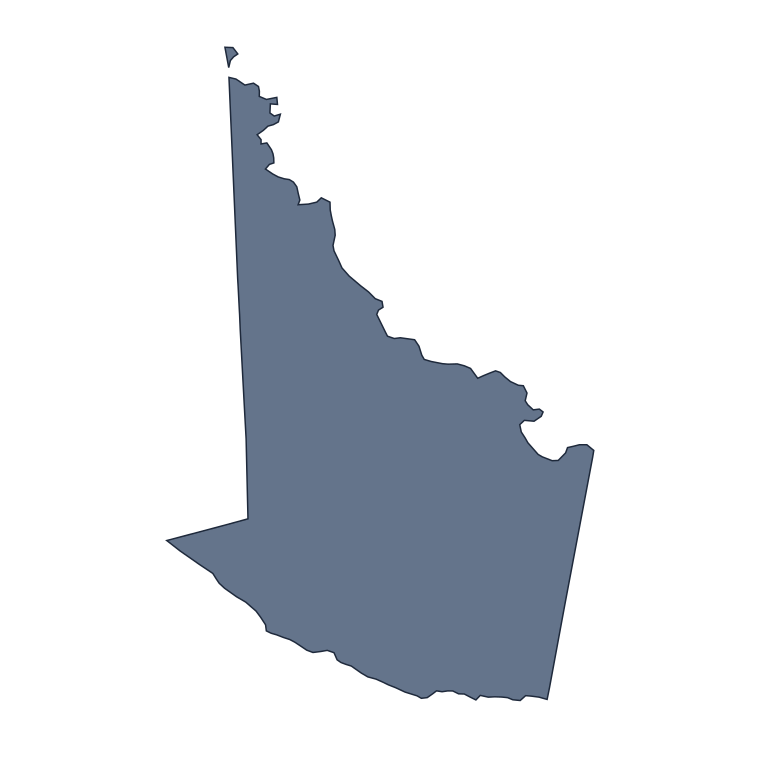 Lago Verde, Maranhão, Brazil, rotated 281°
{"feature_id": "56859067B93982504925722", "entity_name": "Lago Verde", "entity_type": "district", "adm_level": 2, "iso_a3": "BRA", "parent_name": "Brazil", "parent_adm1": "Maranhão", "projection": "robinson", "projection_center": [-44.838, -3.983], "detail": "fine", "context": "isolated", "style": "filled", "palette": "slate", "viewbox_px": 768, "rotation_deg": 281, "n_neighbors": 0, "source": "geoboundaries", "source_scale": "gbopen_adm2", "svg_char_len": 2365}
<svg xmlns="http://www.w3.org/2000/svg" viewBox="0 0 768 768"><g transform="rotate(281 384 384)"><path d="M655.4,173.3L459.3,220.3L451.9,222.2L429.7,227.7L424.6,229.0L409.5,232.6L331.7,252.1L303.9,259.1L225.7,276.2L212.5,249.4L188.9,200.6L181.2,215.7L171.7,237.1L165.4,252.1L160.6,256.6L156.9,260.3L153.0,266.6L147.0,279.9L143.5,289.9L139.8,296.3L136.7,301.7L131.7,307.2L125.0,313.7L119.2,315.6L117.8,320.8L117.3,326.4L116.0,333.7L115.2,340.2L113.6,345.5L110.6,352.8L108.0,358.9L106.9,365.5L109.4,373.1L111.7,379.1L110.7,386.2L104.3,390.6L102.4,394.9L101.5,400.2L100.9,405.7L98.7,410.6L95.9,416.9L93.4,424.0L92.8,432.4L91.2,439.4L89.5,445.8L88.1,453.4L85.6,463.4L84.2,476.0L82.6,480.6L84.4,486.3L89.3,491.0L92.8,494.1L93.0,499.7L94.9,505.1L95.8,510.1L94.1,516.3L95.0,522.0L93.0,528.7L91.4,534.5L96.7,537.9L96.5,546.1L98.1,552.5L99.2,559.5L99.7,565.2L98.6,570.7L99.3,578.1L105.1,582.5L105.7,588.0L106.2,595.9L105.5,604.3L117.3,604.4L203.5,603.6L296.3,603.1L352.1,602.8L358.8,602.6L363.1,594.7L361.7,587.5L359.1,582.0L356.6,576.3L351.0,575.4L342.2,569.6L340.8,563.7L342.7,553.2L344.3,548.7L353.8,536.4L357.9,532.9L363.1,527.9L370.0,525.0L375.1,528.7L376.1,538.4L382.3,544.5L386.9,545.5L389.0,541.3L387.1,535.4L391.1,529.0L394.5,525.8L402.4,526.1L408.9,521.1L408.4,516.1L410.5,507.7L414.0,501.2L417.5,496.0L418.2,491.0L414.9,485.7L411.2,480.1L407.5,474.9L415.8,466.0L417.2,459.4L417.7,452.1L415.7,443.2L415.1,437.6L415.1,426.1L415.8,418.8L419.5,415.6L427.8,411.1L433.3,405.6L432.5,391.2L430.6,385.4L431.6,378.3L435.3,375.4L450.9,363.6L455.5,364.5L459.2,368.4L464.7,366.3L466.1,359.1L471.4,351.3L476.0,342.2L483.3,329.2L489.9,320.6L496.6,315.9L505.2,309.5L510.3,307.5L520.7,307.7L526.3,306.2L534.4,302.2L538.8,300.3L544.6,298.0L552.2,296.3L554.8,286.9L549.7,283.3L546.2,275.5L543.6,265.5L548.5,266.3L554.8,263.4L560.9,260.8L564.9,256.6L566.6,252.1L566.4,246.9L567.1,240.5L569.0,234.5L572.4,226.6L577.7,229.6L580.0,233.7L584.9,232.6L588.8,231.1L592.5,228.8L598.3,223.0L596.2,217.5L600.4,216.7L604.5,211.9L610.0,217.2L615.0,220.9L617.5,225.9L621.1,230.3L629.1,230.8L626.1,225.1L628.3,220.3L637.3,219.0L638.1,226.1L644.9,224.1L640.9,214.3L642.5,206.7L647.7,205.8L652.1,204.0L654.4,198.5L650.9,190.4L655.1,180.5L655.4,173.3ZM680.1,177.5L685.4,171.5L684.2,163.6L665.0,171.2L672.2,171.5L676.4,173.9L680.1,177.5Z" fill="#64748b" stroke="#1e293b" stroke-width="1.5"/></g></svg>